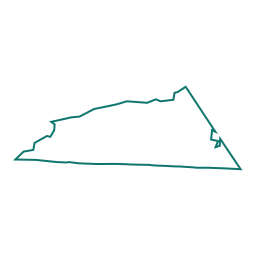 outline of Grayson, Virginia, United States of America
{"feature_id": "52423323B9140975036391", "entity_name": "Grayson", "entity_type": "district", "adm_level": 2, "iso_a3": "USA", "parent_name": "United States of America", "parent_adm1": "Virginia", "projection": "natural_earth1", "projection_center": [-81.229, 36.683], "detail": "fine", "context": "isolated", "style": "outline", "palette": "teal", "viewbox_px": 256, "rotation_deg": 0, "n_neighbors": 0, "source": "geoboundaries", "source_scale": "gbopen_adm2", "svg_char_len": 739}
<svg xmlns="http://www.w3.org/2000/svg" viewBox="0 0 256 256"><path d="M215.3,131.7L185.7,86.8L177.7,92.0L174.5,92.9L173.4,99.8L160.5,101.3L155.8,99.3L147.2,102.8L126.9,101.3L116.4,104.4L94.1,109.0L79.5,116.6L71.6,117.3L51.2,121.8L54.6,124.4L54.2,130.2L50.3,136.8L46.9,136.0L34.6,142.9L33.3,149.9L23.6,151.6L15.4,159.5L35.9,159.9L57.3,162.1L63.0,162.3L65.8,162.5L69.3,162.1L78.5,163.3L96.6,164.0L102.3,164.0L114.6,163.9L126.8,164.2L130.1,164.5L149.7,164.9L151.2,165.2L159.1,165.7L163.7,165.8L174.8,166.4L180.6,166.5L181.4,166.6L194.1,167.4L196.1,167.7L211.6,167.8L212.1,167.9L223.5,168.3L240.6,169.2L220.2,138.8L219.7,145.8L215.6,147.1L218.1,141.1L211.1,139.5L212.1,130.2L215.3,131.7Z" fill="none" stroke="#0f766e" stroke-width="2"/></svg>